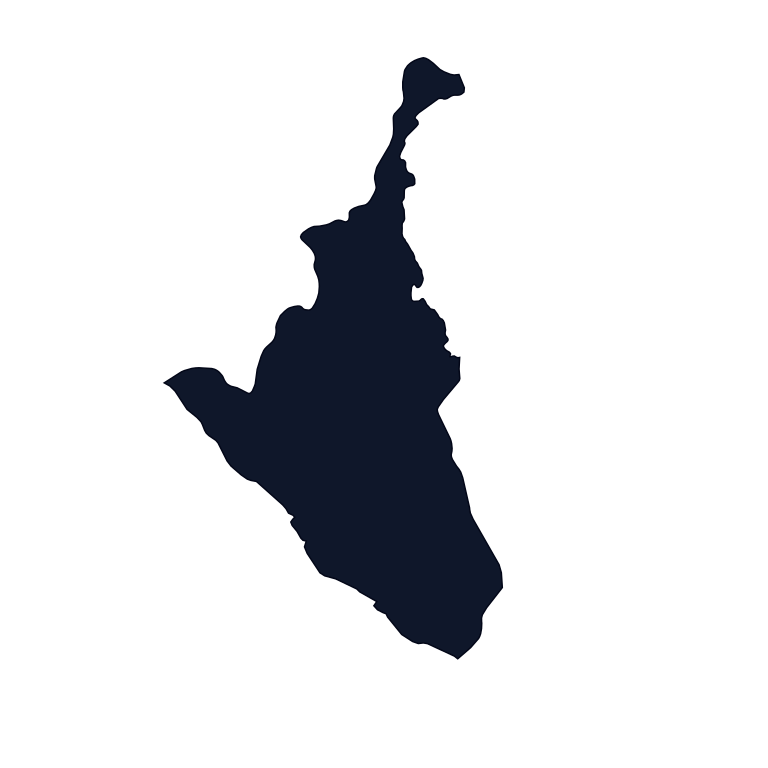 the Region of Central, rotated 65°
{"feature_id": "GHA-2160", "entity_name": "Central", "entity_type": "Region", "adm_level": 1, "iso_a3": "GHA", "parent_name": "Ghana", "parent_adm1": "", "projection": "orthographic", "projection_center": [-1.513, 5.658], "detail": "fine", "context": "isolated", "style": "filled", "palette": "ink", "viewbox_px": 768, "rotation_deg": 65, "n_neighbors": 0, "source": "natural_earth", "source_scale": "10m", "svg_char_len": 4826}
<svg xmlns="http://www.w3.org/2000/svg" viewBox="0 0 768 768"><g transform="rotate(65 384 384)"><path d="M664.2,433.3L660.4,435.2L637.7,454.3L635.3,457.8L633.7,462.6L629.5,466.9L618.5,473.8L596.8,479.2L593.1,479.2L590.9,481.4L585.9,485.3L580.7,486.9L578.1,482.5L562.2,493.8L558.2,495.3L540.1,510.2L532.8,518.8L528.1,521.8L505.1,525.2L498.0,524.9L493.5,520.8L491.4,523.5L488.5,524.5L480.8,525.1L473.4,527.0L469.7,526.8L468.1,524.0L467.0,521.2L464.5,521.9L460.7,525.1L455.6,525.5L450.7,526.9L418.4,540.8L415.1,545.4L412.4,548.1L406.1,551.8L393.8,557.3L387.5,558.7L367.3,559.3L364.0,560.2L356.8,564.5L353.5,565.8L350.3,566.1L343.9,565.7L340.8,565.8L335.1,567.7L323.8,573.2L302.3,576.3L295.3,578.9L290.1,582.7L287.4,562.5L287.5,559.2L288.7,551.6L289.8,548.1L291.1,544.9L297.2,533.6L299.1,531.3L300.3,530.3L301.5,529.5L302.9,528.7L304.3,528.2L307.4,527.3L308.9,527.0L313.2,527.1L314.9,526.9L316.6,526.6L317.9,526.1L319.2,525.3L320.5,524.4L321.6,523.4L325.4,518.7L334.6,511.5L335.6,510.4L335.8,508.7L334.8,506.3L331.6,502.7L329.6,500.7L317.1,492.7L307.0,483.6L303.0,479.0L301.9,477.2L300.9,474.8L298.8,468.0L297.7,465.7L296.4,463.9L293.7,461.4L291.8,460.1L289.9,459.1L286.8,457.9L284.3,456.0L283.2,454.9L278.2,448.9L276.2,443.4L275.3,439.8L275.1,438.0L275.3,436.1L275.9,432.5L276.9,429.2L277.6,427.8L278.6,426.7L279.9,426.0L281.4,425.6L282.7,424.8L283.6,423.7L285.2,421.1L285.5,419.9L285.4,418.5L285.0,417.0L282.1,412.5L278.2,408.2L274.0,404.6L268.5,401.5L265.5,400.2L262.2,399.1L258.4,398.5L251.0,398.3L249.2,398.0L247.6,397.4L246.1,396.7L242.6,393.8L241.1,393.0L239.5,392.4L237.6,392.1L235.8,392.0L232.2,392.4L229.0,393.2L218.7,397.3L217.1,397.6L215.4,397.4L213.8,395.8L212.6,393.1L211.5,386.9L211.4,383.6L211.7,380.8L213.7,375.8L215.4,369.1L215.8,365.7L215.5,359.5L215.8,357.7L216.3,356.0L217.1,354.7L218.0,353.5L220.2,351.3L221.0,350.2L221.1,348.5L220.5,346.7L218.2,344.9L214.2,343.1L213.0,341.8L212.3,339.9L212.0,336.6L212.4,331.8L213.7,326.2L213.9,324.4L213.2,321.6L211.6,318.4L207.4,312.6L205.1,309.9L203.1,308.2L201.5,307.6L194.3,305.8L192.7,305.1L191.3,304.4L185.8,300.0L184.7,299.0L183.9,298.0L169.9,277.7L164.0,271.7L162.8,270.8L161.6,269.9L156.9,267.4L147.2,263.3L145.9,262.6L144.8,261.7L143.7,260.3L140.3,252.0L139.3,250.1L136.2,246.8L133.6,245.1L127.3,242.9L125.6,242.6L123.2,241.7L118.1,239.3L109.1,233.2L107.9,232.0L105.5,228.1L104.7,225.6L104.2,223.6L103.8,219.6L104.0,215.7L104.6,212.0L105.0,210.4L106.5,208.5L108.9,206.6L114.2,203.8L122.6,200.4L126.4,197.7L131.4,193.0L133.6,189.9L135.2,185.3L149.5,186.0L153.2,188.2L153.8,190.4L154.0,191.8L153.9,193.4L153.4,195.0L152.0,197.9L151.5,199.6L151.4,201.6L151.9,206.1L151.6,207.9L151.0,209.3L149.9,210.3L149.0,211.9L148.3,213.9L152.9,238.0L154.3,241.7L155.9,243.6L156.9,243.5L159.3,242.6L160.9,242.5L162.9,243.3L164.3,246.0L168.7,258.2L170.6,261.5L172.6,263.1L173.9,263.1L175.1,263.5L176.3,264.6L181.3,271.0L184.1,273.6L186.0,274.1L187.5,274.0L188.4,273.0L189.2,271.7L190.5,271.0L192.5,270.9L196.5,272.8L199.0,273.2L201.0,273.2L202.5,272.7L203.6,272.0L205.5,270.1L206.6,269.5L208.1,269.3L211.3,269.6L215.5,271.5L216.1,272.9L216.1,274.4L215.6,275.8L215.3,277.6L215.2,278.7L215.2,280.3L215.7,282.5L217.2,283.8L223.8,287.1L224.9,288.3L225.8,290.1L226.9,291.1L231.2,292.0L234.6,292.2L243.1,295.6L244.6,297.1L246.0,299.5L248.1,300.7L250.7,301.8L255.4,304.2L258.2,304.8L260.2,304.7L261.8,304.1L263.9,304.2L267.3,303.5L274.3,303.0L277.6,302.4L281.4,302.6L283.9,303.5L285.7,303.5L288.5,302.7L291.9,302.8L293.5,302.6L295.1,302.2L296.8,302.0L299.7,303.0L304.7,303.9L306.5,305.0L308.9,307.4L310.2,309.1L310.9,310.8L310.9,312.2L310.4,313.2L309.1,313.6L307.7,313.7L306.4,314.5L306.5,316.0L307.7,318.0L312.7,321.0L315.5,322.3L318.2,323.2L319.8,323.4L321.1,322.8L321.9,321.6L323.6,317.4L323.5,316.0L323.0,314.7L322.8,313.4L323.4,312.4L326.4,311.8L329.9,311.8L331.3,311.4L332.5,310.9L335.3,310.4L336.2,309.5L337.1,308.3L338.1,307.1L344.0,306.0L345.8,306.0L347.3,305.7L348.7,305.1L349.8,304.0L351.6,303.5L354.1,303.5L361.1,305.4L363.2,306.9L364.8,307.6L366.6,307.7L368.3,307.2L370.4,307.0L371.6,307.7L372.3,309.1L372.8,310.9L373.4,312.4L374.3,314.0L375.6,314.3L377.3,314.2L378.9,313.7L380.3,313.1L382.8,311.3L384.5,310.9L385.4,311.4L386.3,312.4L387.2,312.6L387.6,311.5L387.8,310.0L388.3,308.5L390.5,307.0L391.1,306.3L391.5,305.8L391.9,304.2L402.0,309.6L411.1,313.0L412.6,314.3L413.4,315.7L423.1,336.6L427.6,344.4L429.2,346.2L430.0,346.7L431.9,347.2L434.7,347.5L461.4,347.1L463.6,347.3L466.5,347.9L471.1,349.5L473.5,350.8L476.5,353.0L478.6,353.7L481.3,353.9L489.0,353.0L492.8,352.1L496.3,351.7L502.3,352.3L532.4,358.8L534.0,359.4L537.5,360.3L544.2,360.4L596.4,356.1L604.6,357.4L618.5,362.8L630.1,385.5L634.7,392.4L637.3,394.5L640.4,395.9L642.1,396.5L646.9,399.0L651.2,402.0L653.2,404.0L654.6,405.8L659.5,416.8L664.2,433.3Z" fill="#0f172a" stroke="#020617" stroke-width="1.5"/></g></svg>